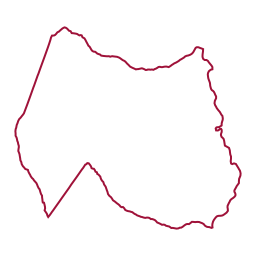 the district of Ivinhema, Mato Grosso do Sul, Brazil
{"feature_id": "56859067B50852199945067", "entity_name": "Ivinhema", "entity_type": "district", "adm_level": 2, "iso_a3": "BRA", "parent_name": "Brazil", "parent_adm1": "Mato Grosso do Sul", "projection": "equal_earth", "projection_center": [-53.771, -22.36], "detail": "fine", "context": "isolated", "style": "outline", "palette": "rose", "viewbox_px": 256, "rotation_deg": 0, "n_neighbors": 0, "source": "geoboundaries", "source_scale": "gbopen_adm2", "svg_char_len": 5050}
<svg xmlns="http://www.w3.org/2000/svg" viewBox="0 0 256 256"><path d="M57.4,32.3L56.3,33.7L55.2,34.9L54.0,35.5L52.0,35.6L51.0,37.6L50.4,39.9L49.1,43.9L47.9,47.4L44.5,56.9L41.1,66.2L39.3,71.2L38.5,73.5L37.6,75.7L34.0,85.9L33.4,87.4L30.7,95.0L27.3,104.4L23.9,113.4L22.9,114.8L21.9,116.0L20.6,117.7L19.2,119.1L18.2,121.0L17.4,123.5L16.8,124.7L16.5,126.1L16.2,127.8L15.7,129.0L15.4,131.2L15.6,133.6L15.6,135.8L16.5,137.4L16.9,138.8L17.3,140.9L17.9,142.3L18.2,144.0L18.8,145.9L18.8,147.4L18.5,149.0L18.3,151.0L19.1,153.0L19.5,154.2L19.9,156.6L20.2,158.4L20.4,160.3L21.3,162.1L21.7,164.1L22.9,166.2L24.2,167.6L25.3,169.0L26.5,169.4L27.9,169.9L28.4,171.7L29.3,173.5L30.2,175.0L30.7,176.2L31.9,177.9L33.2,179.1L34.0,180.4L35.0,181.5L36.4,183.1L37.1,184.6L37.7,186.2L38.6,188.1L39.6,189.3L40.1,191.1L40.6,192.8L41.1,194.2L42.0,195.6L42.1,197.5L42.4,199.4L42.5,200.9L42.8,202.5L44.0,202.7L44.5,204.6L45.0,206.9L45.1,208.4L44.6,210.4L45.8,212.1L46.9,213.8L47.5,215.8L48.2,217.0L49.0,216.0L49.9,214.9L51.1,213.2L51.9,212.0L52.9,210.7L56.5,205.6L59.7,201.1L61.5,198.5L69.1,187.8L71.2,184.6L76.3,177.5L78.9,173.8L80.9,170.9L82.1,169.2L83.0,168.1L85.3,164.6L86.4,164.2L87.3,163.1L88.7,163.3L90.1,165.0L91.0,166.4L91.6,168.2L92.6,168.6L93.9,168.8L94.7,169.9L95.5,171.7L96.9,172.3L97.3,174.0L98.4,174.5L99.3,175.5L100.3,176.6L100.6,177.9L101.2,179.4L102.1,180.8L103.3,182.0L104.1,184.5L105.6,186.6L106.4,188.9L106.9,190.4L107.5,191.9L108.0,194.0L109.3,195.8L111.0,197.2L112.0,198.6L113.0,200.3L114.8,201.5L116.1,202.6L117.2,203.5L118.5,204.4L119.7,205.5L120.5,206.6L121.6,207.2L122.9,207.0L124.2,208.2L125.2,209.9L126.5,210.6L128.0,211.1L129.8,211.4L130.9,211.8L132.4,212.2L133.6,213.2L134.8,214.0L135.8,214.4L137.0,215.3L138.3,215.8L139.8,216.3L140.8,216.8L142.0,217.0L143.8,217.6L145.3,217.9L146.7,217.6L147.8,217.6L149.0,217.8L150.0,218.4L150.9,219.1L152.0,219.0L153.6,219.5L154.9,220.1L156.0,221.1L157.2,222.5L158.5,223.0L159.6,223.5L160.8,224.1L162.0,224.8L163.3,224.6L164.7,224.8L165.9,225.7L167.8,226.2L169.2,226.5L170.2,227.2L171.3,228.0L172.7,227.9L174.4,228.2L176.5,228.6L178.3,228.4L179.8,227.7L181.0,227.7L182.5,226.9L184.0,225.7L185.1,224.9L186.3,224.2L187.6,224.0L189.0,224.1L190.4,223.1L191.8,221.9L193.2,221.9L195.2,222.1L197.2,221.9L199.1,222.0L200.6,222.6L202.0,223.1L203.6,224.0L205.0,225.7L206.6,226.7L207.9,227.0L209.3,227.1L210.4,227.5L211.5,227.9L212.5,227.5L212.3,225.8L212.4,224.0L213.0,221.7L213.8,220.1L214.7,218.8L215.7,217.5L216.8,216.4L217.8,216.0L218.9,215.8L220.0,215.8L221.2,215.7L222.6,215.4L223.9,214.6L225.3,213.6L226.6,212.6L227.9,210.8L227.8,209.0L227.5,207.3L227.6,205.8L228.9,203.0L229.6,201.8L230.2,200.4L231.3,199.2L233.2,197.9L234.5,196.8L235.4,195.6L235.5,194.2L235.0,192.8L234.4,191.8L234.4,190.4L235.1,189.1L236.0,187.5L236.7,186.1L237.6,184.9L238.9,183.1L238.9,181.2L239.1,178.9L239.8,177.2L240.4,175.7L240.6,173.5L240.3,172.0L239.9,170.6L239.0,169.2L238.3,167.9L237.5,166.6L236.7,165.3L235.9,164.0L234.0,163.4L232.2,164.1L231.1,163.5L230.7,161.2L231.0,158.8L231.0,156.5L230.3,154.5L230.0,152.4L229.8,150.4L229.0,147.9L224.9,145.6L224.1,140.6L223.6,138.9L222.8,138.0L221.5,136.8L220.9,134.9L221.2,133.3L221.7,132.0L221.7,130.0L221.1,128.9L220.0,128.9L219.1,129.8L217.9,130.5L216.1,130.4L215.7,128.4L216.5,127.4L217.8,127.2L219.1,127.1L221.6,125.5L221.7,123.2L222.2,121.4L222.7,119.8L222.8,118.3L222.4,115.9L221.3,114.6L220.6,113.3L219.8,111.9L218.4,110.3L216.8,108.2L216.0,106.6L215.1,105.1L214.5,103.2L214.9,100.7L216.1,98.3L216.1,96.4L215.2,94.7L214.6,93.2L213.8,91.7L212.9,90.8L211.9,90.2L211.1,89.0L210.6,87.3L210.2,85.7L210.1,84.3L209.9,82.8L209.3,81.1L208.8,79.8L208.3,78.3L208.0,76.3L207.8,74.5L208.0,73.1L208.8,71.3L210.6,69.8L212.4,69.3L212.4,67.1L211.6,65.7L210.6,64.5L209.7,63.4L208.8,62.3L207.9,60.9L206.5,60.0L204.7,60.0L203.3,59.0L202.7,57.6L202.5,56.3L202.6,54.3L203.0,51.4L203.1,49.1L201.6,48.5L199.9,47.9L198.5,47.3L196.9,47.2L195.7,47.8L195.0,49.0L194.3,50.3L193.3,52.1L192.4,53.2L191.5,54.0L189.9,54.9L188.2,55.5L186.6,55.8L185.2,56.4L184.0,57.5L182.6,58.4L181.1,59.3L180.1,59.8L178.7,61.0L176.2,62.5L174.2,63.4L172.9,64.3L171.9,64.9L170.5,66.0L168.7,67.1L166.6,66.6L165.4,66.6L164.3,66.7L162.5,67.1L161.0,67.1L159.9,66.8L158.5,67.0L157.2,67.9L155.8,68.7L154.6,69.1L153.5,69.8L151.9,69.5L150.3,69.7L149.2,69.5L147.9,69.5L146.9,69.9L145.7,70.0L144.5,69.3L143.4,68.8L141.9,68.3L140.4,68.6L139.2,68.9L138.2,69.1L137.1,69.1L135.9,69.4L134.9,68.9L133.8,68.4L132.2,67.7L130.1,66.6L128.5,64.9L126.9,63.4L126.0,62.3L124.6,61.0L122.7,60.1L120.1,58.2L118.9,57.5L117.0,56.8L115.3,56.6L113.6,56.4L112.3,56.2L111.2,56.4L110.2,56.7L108.9,56.2L107.4,56.3L106.0,56.2L103.9,56.0L102.4,55.8L101.2,55.6L100.0,54.5L98.7,54.1L97.3,53.6L96.2,52.6L95.2,51.8L93.6,51.6L92.4,51.0L91.4,49.8L90.5,48.2L89.6,46.7L88.4,45.7L87.4,43.7L86.3,41.7L85.4,39.9L84.4,38.3L82.5,37.3L81.7,35.4L80.7,35.1L79.4,35.4L78.2,34.7L77.2,34.0L76.1,33.7L74.3,33.4L72.9,33.2L71.7,33.1L70.6,31.2L69.0,30.7L68.2,29.8L67.2,28.7L65.9,27.8L64.6,27.4L63.6,27.8L62.4,28.5L60.3,30.3L58.9,31.6L57.4,32.3Z" fill="none" stroke="#9f1239" stroke-width="2"/></svg>